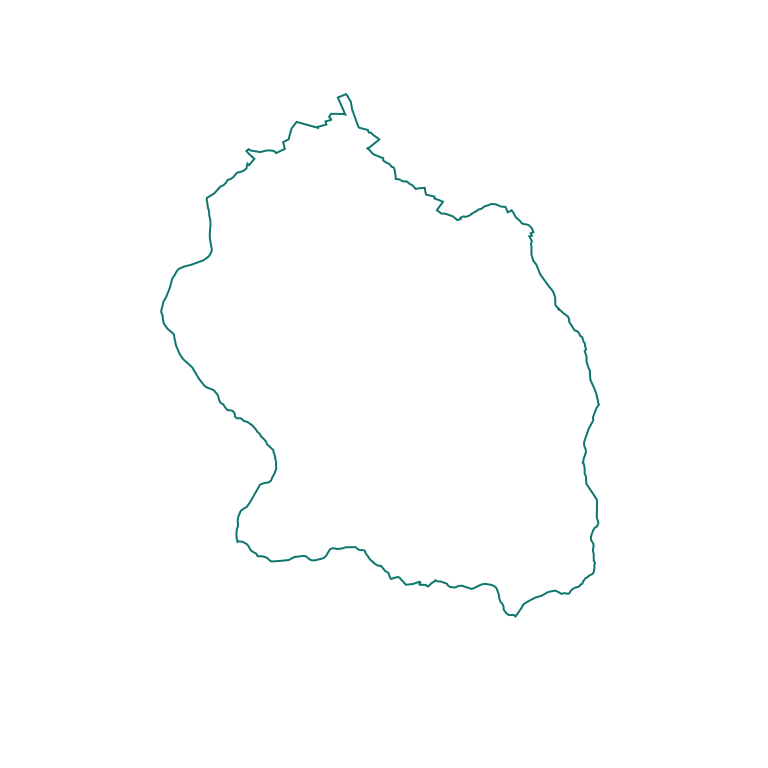 Auseu, Bihor, Romania (Mercator projection), rotated 151°
{"feature_id": "2599482B68618981696500", "entity_name": "Auseu", "entity_type": "district", "adm_level": 2, "iso_a3": "ROU", "parent_name": "Romania", "parent_adm1": "Bihor", "projection": "mercator", "projection_center": [22.51, 47.062], "detail": "fine", "context": "isolated", "style": "outline", "palette": "teal", "viewbox_px": 768, "rotation_deg": 151, "n_neighbors": 0, "source": "geoboundaries", "source_scale": "gbopen_adm2", "svg_char_len": 6166}
<svg xmlns="http://www.w3.org/2000/svg" viewBox="0 0 768 768"><g transform="rotate(151 384 384)"><path d="M501.7,583.6L507.8,584.2L510.6,583.1L514.9,580.4L517.9,579.0L524.8,571.9L532.1,565.9L537.3,562.7L539.0,560.6L543.2,556.2L544.0,554.9L544.4,551.4L545.8,548.4L546.9,545.1L547.2,542.9L546.6,537.3L543.9,530.2L543.8,528.9L544.8,526.4L547.2,518.7L548.2,509.1L547.6,503.0L543.7,491.7L543.3,478.0L542.2,471.4L541.6,468.7L541.0,467.6L540.2,466.4L536.0,461.4L534.7,454.8L536.0,449.8L536.1,446.6L534.5,444.1L534.3,440.5L533.5,436.8L531.1,435.5L529.5,433.9L528.9,431.7L529.1,430.0L530.0,428.3L530.1,427.2L529.5,425.8L528.6,424.8L526.2,423.7L525.2,422.1L524.9,420.6L524.2,419.2L521.8,416.9L519.0,411.1L518.8,409.3L518.2,407.2L517.9,403.4L516.9,400.9L516.9,397.3L515.9,395.0L515.1,390.5L515.5,387.6L514.7,385.9L514.1,383.6L512.9,380.3L513.0,379.3L513.8,377.6L513.9,375.8L514.5,372.9L515.3,371.8L516.2,367.9L517.7,365.6L518.7,363.3L520.2,361.2L521.0,360.8L522.5,359.2L523.8,358.6L525.1,357.5L527.0,356.5L529.6,354.3L531.6,354.0L533.2,354.0L536.3,355.3L541.1,356.1L558.6,345.5L563.5,343.1L566.4,343.0L569.9,342.7L571.8,341.8L576.0,338.3L578.0,335.8L580.6,330.4L582.8,328.7L585.6,324.6L587.6,320.7L588.7,316.9L587.5,317.0L586.0,315.9L583.9,314.2L582.2,311.5L581.5,310.2L581.1,307.9L581.2,303.9L581.0,302.8L579.4,299.6L578.2,298.0L577.8,296.6L578.0,294.7L574.3,292.5L571.8,290.2L570.6,288.7L569.3,284.7L568.6,283.5L567.8,283.0L557.2,278.1L552.4,276.2L546.6,276.2L537.7,272.7L536.2,271.5L535.3,270.0L534.3,267.1L532.9,265.1L531.2,263.9L530.3,263.4L522.3,261.2L519.9,261.2L517.9,261.8L512.3,265.1L511.2,265.6L509.8,265.6L507.8,264.9L505.4,262.8L504.2,262.0L500.2,260.4L496.8,259.8L488.3,255.3L487.9,254.9L486.6,251.5L485.3,250.2L482.6,248.7L481.7,247.6L481.7,246.9L482.1,244.7L481.6,241.3L481.4,238.0L480.7,235.3L479.8,233.9L480.1,233.3L478.1,229.2L476.9,227.6L474.9,226.6L473.5,219.6L471.7,216.7L472.6,211.9L472.3,210.0L467.8,209.2L465.4,208.4L464.3,207.1L463.7,203.9L462.9,201.3L462.4,198.9L462.0,197.6L460.9,197.3L455.8,195.1L449.2,193.9L448.6,193.7L448.6,192.7L450.2,191.7L449.9,191.0L444.8,188.0L444.6,186.7L443.5,185.5L439.7,186.6L437.1,186.9L435.4,186.8L434.3,187.5L433.6,186.3L432.7,185.3L429.9,183.5L425.7,178.7L425.8,177.0L425.4,175.8L424.2,174.1L420.5,171.5L416.8,171.3L413.6,169.7L409.6,165.5L407.8,163.3L406.5,162.3L404.1,161.8L398.4,161.6L394.9,161.2L392.1,159.9L387.9,156.6L386.0,154.4L384.9,152.4L384.7,150.1L385.7,143.9L387.2,140.3L387.7,137.2L387.6,136.3L387.1,134.6L387.3,131.9L387.7,130.6L388.6,129.0L388.6,127.4L388.2,124.3L386.9,121.6L385.6,120.6L383.7,119.8L382.4,118.8L382.0,118.3L381.7,116.9L372.4,121.4L370.2,122.9L368.2,123.8L362.2,124.0L355.1,123.8L348.8,122.4L342.2,122.5L340.6,122.3L334.9,120.5L333.6,119.4L331.6,116.2L330.9,114.9L330.4,114.4L327.3,113.5L326.1,112.3L324.5,111.3L323.8,111.1L323.3,111.1L321.5,112.3L319.2,113.1L316.0,113.3L312.9,112.5L311.5,112.4L308.8,113.3L307.4,113.2L305.5,114.8L301.8,116.5L301.2,116.5L300.4,116.2L297.1,117.0L293.9,116.8L292.9,117.0L290.8,118.8L289.1,121.2L287.4,124.2L286.6,124.7L286.2,125.5L286.0,126.4L286.3,127.5L283.0,133.7L282.1,136.8L281.3,138.2L278.9,141.1L278.3,143.8L278.5,145.5L278.5,147.0L277.7,148.9L276.1,151.1L271.7,154.8L269.0,156.2L267.0,156.1L264.2,158.1L263.5,159.5L262.7,163.9L254.7,177.9L254.0,179.6L254.2,184.7L255.4,198.2L254.9,199.8L252.3,204.9L251.8,208.7L249.7,212.3L248.2,216.2L248.3,218.0L248.0,217.8L247.8,219.0L245.5,221.9L240.8,226.1L239.8,227.6L239.2,229.8L239.0,231.6L238.7,233.2L237.8,235.1L236.9,236.4L226.3,245.9L219.1,250.4L218.3,251.3L217.6,253.4L209.4,260.3L206.0,261.8L205.8,264.0L204.7,266.1L204.2,269.2L203.4,270.9L202.2,277.8L201.5,287.3L199.7,291.5L198.7,293.4L198.5,294.4L197.7,295.1L197.3,296.0L197.5,297.8L196.2,304.8L195.4,306.8L193.9,308.8L192.4,315.7L191.2,315.9L190.4,316.5L189.7,319.8L188.6,322.1L189.0,323.9L187.9,328.7L189.1,331.1L188.8,333.4L188.9,334.9L189.6,336.9L191.2,338.1L191.4,340.0L191.5,342.6L191.9,348.1L191.7,348.9L190.6,351.5L190.4,353.6L192.9,359.4L194.0,363.0L195.3,364.6L194.5,365.3L195.2,366.5L195.9,369.9L192.5,376.4L191.7,379.7L191.4,382.8L191.5,384.7L192.5,390.1L194.2,404.0L192.9,414.7L193.7,419.4L192.3,425.7L188.2,433.0L187.9,435.0L185.5,437.1L185.3,439.1L185.3,442.7L182.8,442.0L182.6,444.7L179.6,444.4L179.3,449.3L180.4,452.6L180.7,453.3L184.9,456.8L185.6,458.0L186.0,460.6L187.9,466.0L187.8,470.5L188.1,474.0L189.1,473.8L191.2,474.2L192.5,474.2L191.9,480.0L195.4,482.3L196.3,483.2L198.5,486.3L199.6,487.3L203.0,489.4L204.9,489.8L206.6,489.7L208.8,490.5L209.8,490.6L214.3,490.0L215.4,490.5L216.8,490.8L217.8,490.5L224.6,490.4L227.4,489.9L231.4,490.5L233.3,492.1L236.4,492.4L236.7,491.2L240.5,491.8L242.3,497.0L246.3,501.6L249.1,504.2L251.1,505.1L253.5,510.4L244.1,514.8L246.7,518.2L250.0,521.8L249.0,523.3L250.9,525.2L255.4,529.2L254.8,531.7L253.2,535.8L259.2,538.5L261.6,539.1L263.0,544.6L264.3,546.1L266.0,550.3L267.7,551.0L268.7,551.7L270.3,553.6L271.6,555.8L274.3,557.6L273.2,559.8L271.0,565.9L270.5,568.2L270.8,569.0L272.0,570.3L272.6,573.9L274.2,575.8L274.8,577.2L276.0,578.9L276.3,579.9L275.2,582.1L276.7,583.5L281.6,589.7L282.2,591.1L282.7,592.7L283.2,595.9L283.9,597.5L284.3,597.7L284.3,598.2L282.7,597.9L269.6,600.1L270.1,601.7L272.5,606.6L273.7,610.3L275.2,611.0L275.3,612.0L275.0,614.1L281.3,620.0L281.7,621.9L278.7,639.8L276.2,646.8L276.4,651.2L276.3,653.4L276.6,655.9L285.5,656.9L287.2,638.5L289.0,640.1L299.0,645.8L300.3,645.6L302.5,644.2L302.4,643.4L301.8,641.4L302.3,640.7L307.9,642.0L308.6,638.9L317.4,641.0L317.6,640.1L333.4,655.6L341.0,652.3L348.9,644.2L354.9,644.5L356.8,637.7L366.5,638.3L366.9,640.6L368.8,642.4L371.4,644.1L375.2,645.7L379.6,646.7L387.4,652.8L388.6,655.0L391.4,654.5L390.5,650.5L388.2,643.8L396.0,640.8L396.6,642.9L400.0,639.1L402.9,638.7L406.0,638.8L409.3,639.9L410.5,639.8L412.2,639.3L415.6,637.9L419.0,637.7L421.8,638.3L425.1,636.3L428.5,635.7L431.1,636.1L440.0,633.0L448.5,632.6L449.9,631.0L450.5,628.4L451.6,626.2L452.0,624.7L452.5,623.8L453.1,620.5L455.3,615.6L456.5,611.5L457.4,609.5L458.9,606.8L463.2,600.5L465.6,596.1L467.4,590.9L468.0,589.4L469.3,585.2L469.9,584.3L472.4,582.1L475.7,580.5L481.7,579.7L495.1,581.8L501.7,583.6Z" fill="none" stroke="#0f766e" stroke-width="2"/></g></svg>